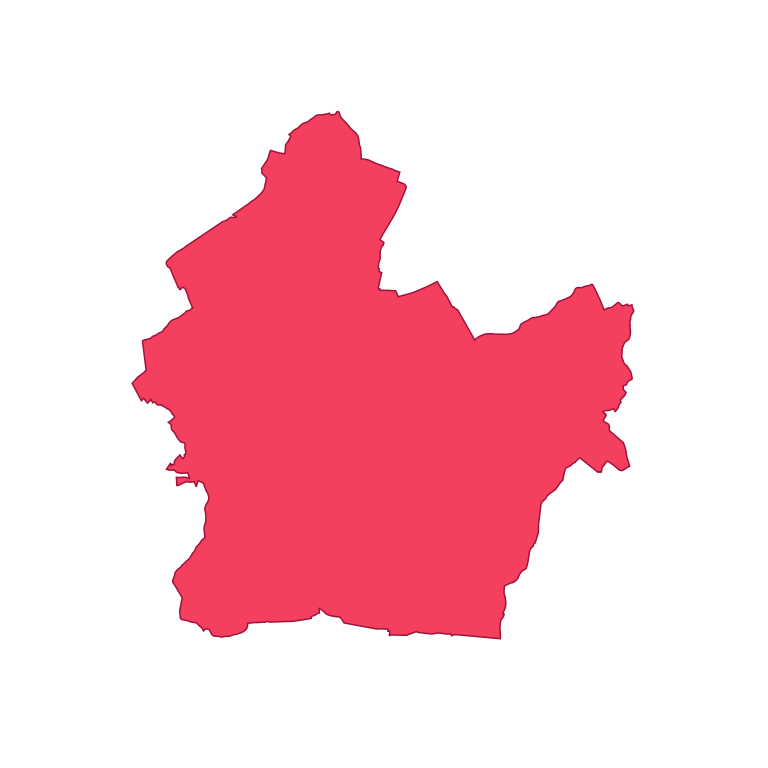 outline of Ivanesti, Vaslui, Romania, rotated 74°
{"feature_id": "2599482B31711586235741", "entity_name": "Ivanesti", "entity_type": "district", "adm_level": 2, "iso_a3": "ROU", "parent_name": "Romania", "parent_adm1": "Vaslui", "projection": "equal_earth", "projection_center": [27.444, 46.655], "detail": "fine", "context": "isolated", "style": "filled", "palette": "rose", "viewbox_px": 768, "rotation_deg": 74, "n_neighbors": 0, "source": "geoboundaries", "source_scale": "gbopen_adm2", "svg_char_len": 6158}
<svg xmlns="http://www.w3.org/2000/svg" viewBox="0 0 768 768"><g transform="rotate(74 384 384)"><path d="M571.6,625.6L570.4,623.1L570.3,622.5L571.4,620.2L572.2,619.7L576.9,618.7L578.5,617.9L579.5,616.8L581.2,611.9L582.3,610.7L583.0,605.6L583.9,602.2L583.6,598.9L583.9,593.6L583.6,588.6L582.3,584.8L581.6,583.6L578.0,581.4L576.4,581.1L577.8,573.4L578.5,571.4L579.4,567.1L579.4,566.1L580.2,564.4L580.0,561.7L581.2,560.0L587.1,536.6L589.3,518.6L587.5,517.9L587.1,513.7L586.2,510.9L586.3,509.2L581.9,508.3L584.2,506.0L589.7,502.5L592.4,498.6L595.0,492.9L595.5,491.0L597.3,489.9L602.7,488.2L617.6,458.3L618.4,454.6L620.8,447.8L622.6,448.5L623.5,446.5L627.1,448.2L627.5,447.7L627.1,446.5L631.8,431.5L630.9,421.2L632.1,419.9L637.0,408.3L637.9,404.9L638.0,401.8L638.6,399.5L640.9,394.4L642.2,390.8L642.2,389.0L644.7,388.4L644.3,386.0L645.6,381.7L660.9,342.4L657.9,341.4L649.3,339.5L643.1,336.7L641.0,333.8L638.9,332.2L637.9,332.1L637.3,333.0L632.7,329.2L630.1,328.0L627.3,327.0L622.4,326.3L618.1,326.3L611.8,324.2L611.0,322.2L610.3,317.5L610.3,314.2L609.5,311.7L607.7,308.8L604.6,306.5L602.9,304.5L601.7,302.5L600.8,298.7L600.1,297.8L594.5,294.6L585.3,290.3L583.0,288.8L581.0,285.5L579.0,284.0L578.5,282.6L569.5,276.6L561.7,274.2L542.8,266.2L541.2,265.0L538.7,260.1L536.8,258.5L535.3,255.5L532.6,248.0L527.8,242.2L525.8,238.7L518.1,234.7L514.9,232.3L513.9,227.0L512.4,224.2L512.0,221.8L510.3,219.5L509.1,216.6L509.1,216.0L527.9,202.6L527.6,201.6L528.1,201.2L527.9,200.8L528.7,199.5L524.0,197.1L522.8,194.9L520.4,192.2L519.8,190.2L525.0,185.9L531.6,181.5L532.7,179.4L532.9,178.5L530.7,171.2L530.8,170.5L520.7,170.7L514.4,169.8L506.6,170.0L491.3,179.9L488.4,180.0L487.4,179.0L484.6,179.2L480.1,183.4L477.9,182.1L477.1,180.6L475.4,179.1L473.6,179.3L473.5,180.2L470.9,180.9L470.6,178.8L471.5,174.6L470.9,170.2L474.2,169.5L472.9,167.2L470.7,164.8L468.8,163.9L467.0,161.2L464.5,161.3L461.3,155.6L458.8,153.6L456.4,155.0L454.7,155.3L451.8,154.7L451.5,151.1L449.6,149.8L448.6,148.1L447.7,144.4L446.7,143.8L440.5,143.4L434.4,145.2L430.2,147.5L423.4,148.0L415.1,145.0L410.8,141.6L410.2,140.7L408.9,137.1L407.7,135.7L405.6,134.3L402.6,132.9L391.7,130.5L389.9,129.1L387.6,128.4L386.3,127.6L382.9,123.9L381.2,123.7L379.2,124.2L376.2,123.9L376.4,127.3L374.5,127.9L374.7,133.1L374.3,133.7L371.0,135.4L370.3,136.3L370.4,137.4L372.9,143.3L373.1,146.0L372.6,147.6L373.4,152.0L362.9,153.1L350.7,155.0L346.1,156.1L345.3,156.7L345.9,158.7L345.5,163.9L345.9,167.4L344.7,171.1L344.7,172.6L345.5,174.2L348.2,176.2L350.7,179.3L351.7,182.2L352.7,190.2L352.7,193.4L353.4,194.7L356.7,198.1L361.6,206.5L362.2,209.3L361.8,212.0L362.1,215.6L361.7,220.5L361.1,222.9L361.4,224.7L362.4,228.0L363.4,233.3L364.2,235.8L364.9,236.7L366.3,237.4L368.5,239.4L369.6,242.1L370.7,246.3L370.3,251.6L366.5,264.0L365.4,266.3L364.0,271.8L363.9,273.6L364.4,278.8L365.9,283.2L367.0,284.6L333.3,292.7L331.9,293.7L331.1,294.8L329.1,295.6L329.0,297.0L317.4,299.4L312.2,301.4L300.2,304.6L302.3,315.8L304.2,331.5L304.0,346.5L303.5,346.2L297.7,347.1L295.4,353.3L292.8,362.0L291.8,361.5L290.5,363.2L276.2,355.5L274.6,357.9L272.2,356.8L271.6,357.6L266.9,356.1L262.1,352.8L258.0,352.0L255.0,350.8L252.0,349.0L250.4,346.6L248.1,345.1L244.3,347.8L243.5,347.8L226.2,329.4L218.6,322.1L203.3,309.9L200.9,308.4L199.8,308.3L198.4,308.8L196.8,310.0L192.8,315.4L184.7,310.4L181.9,314.5L180.6,315.6L177.5,320.3L169.4,331.4L164.4,337.1L162.5,340.6L161.2,344.1L158.4,343.0L150.8,341.5L147.2,341.7L141.6,340.8L138.0,340.8L134.9,341.9L129.5,345.4L124.2,347.6L115.9,352.0L109.9,352.4L109.2,353.9L109.7,354.9L111.3,356.1L110.9,358.8L111.1,360.4L110.4,361.2L108.6,361.9L108.7,364.3L108.0,370.4L107.1,373.6L107.3,375.4L109.1,380.0L109.3,381.4L111.0,384.9L111.1,389.3L111.5,390.9L112.6,393.4L114.0,395.6L115.1,400.2L116.2,402.6L116.8,403.1L118.0,406.6L119.2,405.6L120.2,405.3L123.9,409.0L124.3,408.6L124.8,408.9L124.5,409.3L126.8,412.6L132.9,414.8L135.3,416.2L132.9,421.2L128.2,428.6L129.3,429.7L135.1,433.3L136.7,434.7L143.2,442.4L145.6,442.5L147.4,443.4L153.0,440.3L154.0,440.3L163.6,445.5L166.6,449.1L171.1,457.8L171.5,460.1L173.1,463.5L179.6,482.8L181.5,481.1L182.2,479.6L183.1,480.6L182.7,482.3L181.5,485.1L181.6,486.2L183.3,490.5L183.4,494.2L196.9,536.0L198.3,539.3L199.9,546.1L203.0,553.1L205.8,558.5L207.1,559.8L209.1,560.2L211.6,559.6L213.9,557.6L222.3,556.8L234.6,555.2L235.1,554.6L236.6,554.5L237.1,553.6L236.5,553.1L235.5,550.8L237.1,549.3L238.1,548.8L244.3,548.2L247.8,548.3L258.3,547.0L258.2,547.9L259.0,549.1L259.6,550.9L259.4,553.7L259.6,554.3L260.6,555.2L263.5,562.9L264.1,569.3L264.8,571.6L265.9,573.5L268.5,576.6L270.5,580.4L272.6,582.5L272.8,585.5L274.2,590.2L274.3,592.8L275.8,596.1L275.6,603.1L276.0,604.3L305.3,608.9L307.2,612.7L309.4,618.6L314.0,625.9L333.2,621.8L331.5,619.0L337.2,616.6L335.8,613.8L334.6,612.4L338.3,611.4L338.2,609.8L338.7,608.8L340.8,608.1L341.8,607.3L342.8,603.8L343.6,603.4L346.4,600.3L347.9,599.6L348.5,598.3L350.0,597.3L353.3,595.9L354.2,596.0L357.3,594.3L357.8,594.3L359.0,595.8L360.9,599.9L361.3,601.9L364.5,599.7L367.0,600.5L368.9,600.6L370.9,599.9L372.8,598.9L378.2,597.6L382.5,596.1L384.2,594.7L385.0,592.9L385.6,592.2L387.1,591.9L390.6,593.0L394.6,593.2L397.0,594.4L396.9,595.5L398.7,595.7L400.3,597.7L400.2,598.1L396.0,599.7L399.2,605.4L401.0,607.0L403.4,607.7L403.0,608.9L403.1,609.7L403.8,610.2L403.9,610.8L402.3,610.8L401.4,611.3L406.0,616.6L407.4,614.7L409.0,609.2L409.5,608.7L410.7,608.5L411.9,607.5L414.0,603.5L414.9,599.5L415.0,597.0L421.1,597.1L418.7,600.9L417.5,606.4L416.5,609.3L424.4,611.1L424.8,609.5L423.7,603.8L423.6,599.6L424.7,598.4L425.8,593.2L430.5,592.9L430.6,592.4L428.1,591.0L426.7,589.7L425.7,589.5L426.3,588.4L429.6,585.0L437.5,584.4L440.5,583.6L444.2,583.5L447.0,584.4L451.5,588.8L454.6,590.7L460.1,591.3L464.4,592.3L467.5,593.4L470.3,595.5L473.8,597.0L482.5,598.5L483.0,600.6L484.2,602.7L486.8,605.7L489.2,609.7L492.8,612.5L493.3,613.9L498.1,619.2L502.8,628.6L504.0,629.9L505.7,634.1L507.0,635.9L507.8,636.8L510.7,638.3L514.3,641.1L515.5,641.5L516.4,641.7L519.4,640.7L533.8,636.9L545.4,642.8L552.6,644.3L554.1,643.8L554.9,642.9L557.3,638.2L559.7,635.0L562.0,630.0L565.2,628.4L568.5,626.1L571.6,625.6Z" fill="#f43f5e" stroke="#9f1239" stroke-width="1.5"/></g></svg>